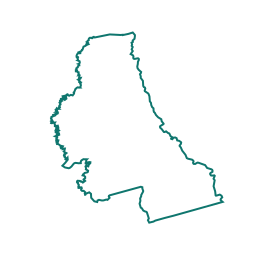 Naranjito, Guayas, Ecuador (Robinson projection), rotated 255°
{"feature_id": "8360857B54885584710427", "entity_name": "Naranjito", "entity_type": "district", "adm_level": 2, "iso_a3": "ECU", "parent_name": "Ecuador", "parent_adm1": "Guayas", "projection": "robinson", "projection_center": [-79.379, -2.158], "detail": "fine", "context": "isolated", "style": "outline", "palette": "teal", "viewbox_px": 256, "rotation_deg": 255, "n_neighbors": 0, "source": "geoboundaries", "source_scale": "gbopen_adm2", "svg_char_len": 5721}
<svg xmlns="http://www.w3.org/2000/svg" viewBox="0 0 256 256"><g transform="rotate(255 128 128)"><path d="M219.0,157.3L218.8,152.7L219.1,147.1L219.4,147.1L219.8,144.8L223.1,134.6L224.0,120.2L224.1,119.2L224.9,118.6L224.9,118.1L224.6,117.2L224.2,117.2L224.0,116.8L224.3,116.0L224.6,116.0L225.0,114.5L224.5,113.4L223.7,112.9L223.0,112.8L222.6,111.5L221.8,111.3L221.7,110.3L221.3,110.4L221.1,111.2L220.7,111.4L220.1,110.2L219.6,111.4L219.2,111.6L219.0,110.0L218.3,107.8L218.1,106.1L215.5,104.4L215.4,103.7L214.8,103.5L214.2,102.1L214.0,100.6L213.1,101.5L212.6,101.3L212.8,100.0L213.5,99.4L212.4,98.0L211.3,97.1L210.0,96.7L209.5,96.8L209.5,98.0L209.3,98.1L208.6,97.5L206.5,97.3L206.4,96.8L205.0,98.5L203.8,98.4L202.8,97.7L202.7,96.7L202.2,97.3L201.1,97.2L201.1,96.3L200.3,95.3L199.6,95.2L199.0,93.5L197.7,93.5L197.5,92.6L196.2,92.3L196.0,92.8L196.4,93.7L194.9,93.9L194.6,94.7L193.3,94.5L192.8,94.0L192.1,94.5L191.7,93.9L191.5,94.9L191.3,94.9L188.8,93.5L188.6,95.3L188.0,94.8L187.6,93.5L187.8,93.1L187.6,92.4L186.9,93.2L186.3,92.9L185.2,93.9L184.9,93.9L185.1,92.9L184.9,92.8L184.1,94.2L183.4,93.3L183.0,93.3L182.6,93.7L181.0,93.4L179.8,92.2L179.4,92.4L179.7,91.0L180.3,90.1L180.0,88.6L179.5,88.1L179.3,87.3L176.9,85.6L176.4,84.7L175.8,84.7L175.8,85.0L175.2,84.8L173.8,83.0L174.8,81.4L174.4,79.5L175.2,78.6L176.0,78.5L176.3,78.1L175.7,76.7L175.3,77.2L174.8,76.4L175.5,75.2L175.6,73.1L174.7,73.2L174.9,73.9L173.5,74.9L173.4,76.1L172.3,76.1L171.5,74.2L172.0,73.8L173.3,74.4L173.3,73.6L172.4,73.1L173.1,72.1L172.7,71.0L173.5,71.2L173.5,70.7L172.8,70.4L171.3,71.2L171.0,69.9L172.0,69.8L171.9,69.4L171.2,69.4L170.6,68.8L170.4,69.3L170.1,69.5L169.5,69.2L169.0,68.5L168.1,68.8L167.4,67.5L165.9,67.6L166.0,66.6L164.7,65.7L164.8,66.3L164.3,66.6L164.7,64.5L165.4,64.2L165.0,63.8L164.4,64.2L164.0,64.1L164.5,63.5L164.3,62.9L163.2,63.3L162.9,62.7L162.1,63.4L162.8,63.9L162.0,64.2L161.5,64.0L160.9,64.2L160.6,63.5L160.9,62.4L160.1,63.1L159.8,61.7L159.3,61.3L159.9,60.9L160.0,59.2L159.1,59.3L159.3,58.8L158.7,58.5L158.6,57.0L157.7,56.8L157.4,56.1L156.8,56.0L156.3,56.4L154.5,56.9L154.8,55.9L154.6,55.5L154.2,55.8L154.0,56.9L153.8,56.9L153.0,56.6L153.0,55.2L152.7,55.0L152.3,55.7L152.6,57.2L152.2,58.9L151.4,58.0L150.3,58.3L148.9,57.9L148.7,58.9L147.9,58.6L147.6,59.0L147.6,59.5L148.4,60.3L148.4,60.8L147.2,60.8L146.5,58.9L145.0,57.8L144.9,58.8L145.5,59.6L145.5,60.5L144.2,60.1L143.4,60.7L143.2,60.1L143.8,59.8L144.0,59.1L143.8,58.6L142.5,58.2L143.0,57.1L142.6,57.0L141.8,57.8L141.7,58.7L140.8,59.9L139.8,59.9L139.6,59.3L140.8,58.3L139.9,57.4L139.1,58.4L138.8,55.5L137.4,57.2L136.9,57.1L136.1,55.9L135.4,55.9L134.6,56.9L134.3,56.6L134.4,55.4L132.2,55.2L132.0,55.7L132.4,56.5L130.8,55.5L130.5,56.5L128.9,57.8L127.5,58.2L127.4,58.7L127.9,59.1L127.2,60.4L126.3,59.5L126.8,58.7L126.7,58.2L126.4,57.9L125.9,58.0L126.0,59.3L124.5,59.2L124.7,60.7L124.5,61.7L122.3,60.6L121.9,59.9L120.8,60.8L119.9,60.8L120.0,61.7L119.7,62.0L119.1,60.7L119.1,59.6L118.2,59.1L117.8,59.6L117.3,59.2L116.8,59.6L116.4,59.3L115.6,60.0L114.7,59.9L114.1,59.4L113.8,59.6L113.6,60.2L114.9,61.9L113.0,61.6L110.7,58.5L108.5,54.9L106.2,56.9L104.5,60.3L104.5,61.3L105.4,63.4L107.4,66.1L107.9,67.1L107.9,68.3L106.7,71.3L106.3,73.3L107.3,73.5L108.2,74.0L108.8,74.8L109.4,76.8L108.4,80.2L108.0,79.5L106.5,78.9L105.9,79.3L105.1,77.9L104.8,77.9L104.7,78.4L104.0,78.5L104.0,79.4L105.2,81.5L104.7,82.8L103.8,82.5L102.7,80.6L101.2,79.7L102.4,77.8L101.9,77.0L99.9,77.1L99.0,76.6L97.1,78.4L96.0,77.9L95.7,77.2L95.8,74.4L95.2,73.8L94.9,72.7L94.0,71.9L93.3,73.2L92.0,74.0L90.7,73.7L89.8,71.7L89.3,71.7L88.6,72.6L88.0,72.9L87.0,70.3L87.7,69.9L88.2,68.9L88.8,68.7L88.8,68.1L89.3,67.8L90.1,65.7L89.8,65.1L89.0,64.7L88.4,64.8L87.9,65.5L87.0,65.3L85.7,65.8L84.7,65.2L84.3,65.4L84.3,64.9L83.0,64.6L82.7,65.1L82.9,67.0L82.7,67.7L81.8,67.8L80.8,66.8L80.1,66.7L79.1,67.4L78.8,68.9L77.0,70.1L76.3,69.9L76.0,69.3L74.6,69.3L74.6,69.6L75.4,70.3L75.9,73.9L74.0,75.2L70.1,74.4L65.9,76.5L64.5,79.1L65.9,79.9L66.1,81.4L64.7,84.1L64.4,85.6L64.5,88.5L63.9,89.6L65.3,92.1L66.8,91.7L67.4,92.0L67.7,92.8L67.9,125.2L67.1,126.5L65.7,126.2L63.2,126.4L62.4,125.9L59.8,123.4L58.7,123.1L56.8,121.5L54.4,121.1L51.9,119.6L47.8,119.7L46.9,120.6L44.3,121.4L43.1,122.7L42.3,124.0L41.7,124.4L35.3,124.7L33.8,123.4L31.1,124.0L31.0,128.4L31.5,130.4L31.6,140.4L31.5,149.3L32.1,200.3L34.0,199.0L34.7,198.8L35.4,199.2L36.7,201.1L38.4,200.8L39.9,199.4L39.8,196.0L39.9,195.4L40.3,195.2L44.3,195.8L49.6,195.6L55.1,198.2L56.8,197.5L59.3,199.4L59.9,199.1L60.3,196.7L60.8,195.8L62.4,195.4L63.2,196.1L63.8,198.2L64.8,198.6L65.8,198.5L66.5,197.9L68.9,194.1L72.2,192.9L76.2,187.1L76.6,186.1L75.9,183.5L76.4,182.1L77.5,181.8L78.9,182.7L79.6,182.6L80.9,181.6L82.7,178.2L83.7,177.0L87.2,176.6L92.1,174.5L95.5,174.0L97.4,173.2L97.9,173.5L99.0,175.0L100.2,175.6L100.8,175.4L102.4,174.0L103.3,172.3L105.6,172.3L106.6,171.2L106.9,169.5L105.7,167.9L106.3,166.9L106.5,166.9L106.9,168.0L107.8,168.2L109.1,167.0L112.0,166.5L112.8,165.4L114.9,163.9L114.6,162.3L114.9,161.6L118.2,160.3L119.9,159.2L120.9,159.2L121.6,159.8L122.5,163.2L123.0,163.5L125.7,162.3L127.9,162.4L130.5,159.9L133.3,158.4L135.9,157.8L136.8,157.2L138.1,157.2L140.4,157.7L142.0,156.7L144.2,156.4L146.3,156.7L148.1,156.0L153.0,156.9L155.3,156.7L156.1,156.5L159.2,153.8L159.8,153.8L161.6,154.9L162.7,154.8L163.5,153.9L164.7,153.6L169.7,154.6L173.2,153.2L174.6,153.7L176.9,153.5L177.8,154.7L178.7,155.2L181.4,153.4L183.4,152.7L185.1,152.9L187.2,154.0L189.3,154.7L191.0,156.1L192.0,156.3L192.6,155.9L192.8,155.4L193.0,152.3L193.5,151.4L194.3,151.2L195.8,151.8L196.9,151.6L198.7,149.7L201.1,152.5L203.0,151.9L205.0,153.5L206.4,152.8L207.7,153.6L209.5,153.5L209.9,155.0L211.3,155.2L212.5,157.4L215.3,158.6L216.1,158.7L219.0,157.3Z" fill="none" stroke="#0f766e" stroke-width="2"/></g></svg>